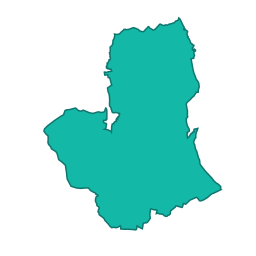 the district of Mariselu, Bistrita-Nasaud, Romania, rotated 82°
{"feature_id": "2599482B66429333464185", "entity_name": "Mariselu", "entity_type": "district", "adm_level": 2, "iso_a3": "ROU", "parent_name": "Romania", "parent_adm1": "Bistrita-Nasaud", "projection": "robinson", "projection_center": [24.492, 47.008], "detail": "fine", "context": "isolated", "style": "filled", "palette": "teal", "viewbox_px": 256, "rotation_deg": 82, "n_neighbors": 0, "source": "geoboundaries", "source_scale": "gbopen_adm2", "svg_char_len": 5719}
<svg xmlns="http://www.w3.org/2000/svg" viewBox="0 0 256 256"><g transform="rotate(82 128 128)"><path d="M204.5,52.3L202.0,44.5L201.8,44.8L201.5,44.8L199.4,44.3L198.4,44.7L197.0,45.8L195.6,47.1L195.0,48.1L192.2,50.3L190.9,51.1L189.9,51.5L181.1,57.7L175.8,60.7L173.6,61.7L169.4,61.6L167.6,62.3L160.6,63.2L158.8,63.9L155.9,64.3L154.2,64.2L153.3,64.6L151.3,65.0L149.4,64.1L147.5,63.0L147.1,62.2L143.9,61.8L143.0,61.3L142.3,61.2L140.4,60.0L138.1,58.9L138.4,62.6L138.5,62.8L138.9,63.0L140.4,63.0L140.4,63.3L141.1,63.4L141.0,64.1L141.1,64.6L141.4,65.0L141.7,64.9L142.2,65.4L142.4,66.4L145.4,69.0L145.5,69.3L146.1,70.0L146.2,70.5L141.1,70.3L141.2,69.7L140.5,69.6L140.2,69.4L140.0,68.9L140.0,68.2L139.8,67.9L138.7,67.5L138.3,67.5L136.8,67.8L136.0,68.3L133.5,69.0L130.2,69.3L126.7,69.0L126.2,68.3L125.2,67.3L124.6,67.4L123.0,67.3L119.1,66.7L117.9,66.8L116.7,67.0L114.9,66.9L113.5,67.1L112.1,66.9L111.0,66.1L108.4,62.2L106.9,60.5L105.6,58.4L102.2,55.4L102.3,53.5L100.7,53.3L97.0,51.7L95.2,51.8L94.4,51.6L92.5,52.0L90.8,52.7L89.0,53.7L88.1,53.9L87.0,54.0L86.6,54.2L85.4,54.4L82.9,55.1L78.7,55.5L68.2,55.9L68.1,53.2L67.3,53.3L66.0,52.3L65.2,52.0L63.3,52.4L62.7,52.2L62.2,52.2L61.8,52.1L61.5,51.7L61.1,50.5L60.4,50.3L60.2,50.3L59.7,50.9L59.0,51.4L58.9,51.5L59.3,51.9L60.0,51.9L60.3,52.1L60.2,52.6L59.6,53.3L58.4,53.3L57.5,53.0L57.0,52.2L56.5,51.8L55.5,51.2L55.2,51.2L55.1,51.4L55.1,51.9L54.7,52.3L53.7,52.8L53.3,53.2L52.9,54.1L51.9,54.1L48.5,55.0L47.8,55.3L46.8,56.2L46.3,55.9L46.3,56.2L46.2,56.2L45.7,56.2L45.4,56.3L44.9,56.2L43.1,56.6L42.6,56.4L41.1,55.6L40.6,55.6L39.2,56.8L39.0,57.8L38.7,58.0L38.3,57.9L38.6,58.9L37.6,59.2L37.3,58.6L36.9,58.2L36.1,58.6L35.5,58.5L34.8,58.9L32.9,59.6L27.9,61.1L26.0,62.4L26.2,62.6L27.7,62.7L28.6,64.6L28.6,65.5L30.4,68.0L30.4,69.0L30.8,70.7L30.9,73.0L31.8,74.8L31.2,75.7L31.1,76.5L31.5,78.0L31.3,79.1L30.7,79.9L30.4,80.7L29.7,81.3L29.6,81.8L29.8,82.3L30.6,83.4L31.5,84.2L31.7,84.7L33.2,86.3L33.3,86.6L34.1,87.2L34.0,87.7L34.2,88.3L34.6,88.8L34.5,89.6L33.4,90.7L33.3,90.9L32.4,92.3L30.8,93.2L30.4,93.9L31.6,95.1L33.0,97.2L33.8,97.8L34.5,98.9L34.7,99.7L34.6,100.4L33.7,102.3L33.7,102.7L31.7,104.2L31.1,105.6L30.5,106.1L30.2,107.2L29.5,108.1L29.5,109.0L29.7,110.7L30.1,111.6L30.4,113.8L30.4,116.0L29.8,117.2L29.9,117.8L29.8,118.3L30.4,118.6L31.6,120.8L33.7,123.4L33.8,126.2L33.1,128.3L34.2,128.2L35.0,128.3L36.3,128.9L37.4,129.3L39.2,130.7L40.8,130.9L43.1,131.7L44.0,132.4L44.7,133.3L45.2,134.3L46.0,134.6L47.7,134.6L49.1,135.0L50.2,135.0L50.7,135.3L50.9,135.9L54.7,135.6L54.8,135.9L55.8,135.9L57.2,135.7L57.8,136.2L57.9,136.7L57.8,137.0L57.9,137.4L58.9,137.6L59.4,137.9L60.2,138.6L60.9,138.8L60.9,139.7L62.3,139.6L62.5,140.0L62.8,140.1L63.4,140.1L64.1,140.9L65.3,140.9L65.3,140.0L65.6,139.8L66.2,140.3L66.4,140.1L66.6,139.0L67.1,138.5L67.5,136.6L69.5,136.3L69.6,139.8L69.9,141.6L69.7,142.8L69.3,143.1L69.4,143.7L72.4,143.6L72.5,140.7L75.3,140.6L75.8,139.1L83.3,138.2L83.6,139.3L84.5,140.6L85.3,142.6L86.6,142.8L87.8,142.6L89.5,142.7L90.8,142.1L95.0,142.0L98.6,142.4L100.6,142.8L102.3,143.0L102.9,143.2L104.1,142.9L105.7,141.9L106.1,141.8L106.7,142.1L107.4,142.0L107.8,141.7L109.8,141.6L110.9,140.7L111.0,139.1L110.9,138.1L111.6,136.0L112.2,135.3L112.1,134.7L112.8,134.2L113.6,135.0L114.7,135.1L115.3,135.4L115.4,136.1L116.0,136.1L116.0,136.8L117.6,137.0L116.9,137.5L116.9,137.9L118.0,138.5L119.1,138.5L119.9,138.7L119.9,139.0L119.5,139.2L120.4,140.8L121.0,141.3L121.8,141.5L121.8,143.0L124.1,143.9L129.7,145.0L128.9,145.3L128.5,145.7L128.5,146.2L127.6,147.2L127.0,148.3L126.7,149.2L126.3,149.9L125.9,151.3L125.7,150.6L125.2,150.1L124.4,149.7L122.1,149.1L121.2,148.7L120.8,148.7L120.2,149.2L120.0,150.3L119.9,150.6L119.6,150.9L118.8,151.3L117.6,151.5L117.0,151.0L117.4,150.0L117.3,149.6L116.8,149.1L117.2,148.7L116.0,148.0L116.1,147.7L109.2,146.7L107.3,146.5L106.1,146.7L105.5,147.1L104.6,147.1L108.2,148.8L108.9,150.0L108.9,151.5L108.7,153.0L108.0,154.6L107.9,155.9L108.6,159.8L108.5,161.2L107.6,163.9L105.4,167.6L104.1,169.9L104.8,172.3L104.7,172.9L104.0,173.9L103.9,174.7L101.3,176.7L100.9,177.4L101.6,183.0L101.5,186.1L101.9,187.9L105.9,190.0L107.0,192.7L110.3,199.6L114.8,207.6L117.4,210.9L119.5,211.7L122.5,210.1L124.9,208.2L127.9,208.6L131.3,209.3L133.3,208.9L135.7,207.3L138.0,206.7L141.3,202.8L143.3,201.8L149.7,201.0L152.0,198.6L156.1,195.2L163.1,195.1L170.0,195.3L177.8,192.5L180.2,187.4L181.2,183.3L181.5,177.6L182.0,175.4L184.6,173.9L186.8,171.1L187.9,169.2L189.2,169.0L189.9,167.3L191.2,167.3L191.3,168.8L193.6,170.0L195.9,170.4L199.2,169.4L200.0,169.6L200.7,169.4L201.0,169.2L201.8,168.1L203.3,167.7L205.6,169.0L206.9,169.4L208.0,168.6L209.9,168.6L213.1,165.3L214.1,164.5L215.0,164.1L216.2,163.8L218.0,162.5L221.0,160.4L221.4,160.3L221.9,160.0L222.4,159.8L224.4,158.1L224.4,155.3L225.0,154.3L225.1,153.6L224.9,152.9L225.0,152.5L224.3,150.1L223.7,149.4L225.1,148.9L227.0,149.2L227.9,145.0L228.1,142.8L229.5,136.0L230.0,134.5L229.8,134.4L229.4,133.7L229.1,133.5L226.2,132.7L226.6,132.0L226.9,132.2L229.8,127.8L224.7,126.2L224.5,125.8L224.3,124.0L224.5,123.2L224.4,122.7L223.9,121.7L223.0,120.7L221.1,119.0L220.4,118.5L217.6,118.5L215.7,118.2L211.4,116.9L211.2,116.4L212.5,114.1L212.6,113.1L213.0,112.6L212.9,111.2L213.8,110.7L216.7,111.9L216.6,111.2L216.7,110.3L217.5,108.6L217.8,107.2L218.4,105.5L219.9,104.2L220.4,103.6L220.8,102.5L220.8,101.8L220.6,101.2L219.8,100.3L219.9,99.4L219.5,98.9L218.8,98.0L216.0,97.4L215.6,96.6L214.7,95.2L213.5,93.1L213.0,92.3L212.1,91.7L211.9,91.4L211.8,91.2L212.0,90.6L212.3,90.0L214.2,85.5L214.0,85.3L212.0,84.2L210.5,83.7L210.4,83.5L210.6,82.8L211.4,82.0L211.5,81.5L208.0,76.5L206.2,70.1L206.8,69.0L209.9,67.4L210.1,67.1L210.3,66.1L210.3,65.7L209.6,62.9L208.1,59.3L204.8,54.2L204.5,52.3Z" fill="#14b8a6" stroke="#0f766e" stroke-width="1.5"/></g></svg>